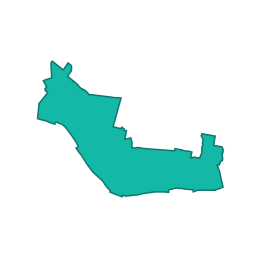 Calafat, Dolj, Romania, rotated 249°
{"feature_id": "2599482B25793033278683", "entity_name": "Calafat", "entity_type": "district", "adm_level": 2, "iso_a3": "ROU", "parent_name": "Romania", "parent_adm1": "Dolj", "projection": "mercator", "projection_center": [22.936, 43.949], "detail": "fine", "context": "isolated", "style": "filled", "palette": "teal", "viewbox_px": 256, "rotation_deg": 249, "n_neighbors": 0, "source": "geoboundaries", "source_scale": "gbopen_adm2", "svg_char_len": 5056}
<svg xmlns="http://www.w3.org/2000/svg" viewBox="0 0 256 256"><g transform="rotate(249 128 128)"><path d="M151.0,126.7L158.6,132.3L159.0,131.4L159.0,131.2L159.1,130.9L159.1,130.7L159.5,130.1L160.6,127.7L160.8,127.2L161.3,126.2L161.7,125.3L162.2,124.6L163.0,123.1L164.4,120.6L165.9,117.6L168.9,112.0L171.3,107.5L171.9,106.4L173.1,103.6L173.2,103.4L173.9,103.3L174.8,103.1L175.4,102.9L176.3,102.5L177.7,101.9L179.4,100.8L179.5,100.7L179.6,100.3L179.7,100.2L179.9,100.0L180.5,99.7L180.3,99.4L180.3,99.2L181.2,98.7L183.2,97.7L183.6,97.5L186.2,96.3L186.4,96.7L190.9,94.2L191.1,94.1L190.9,93.7L191.8,93.2L192.0,93.5L198.0,90.1L198.2,90.4L199.2,91.8L199.2,92.0L200.4,93.7L201.6,95.6L202.2,95.9L204.2,96.8L206.5,97.5L207.3,97.1L210.2,95.4L210.1,95.1L206.9,90.6L205.4,88.4L215.9,82.2L217.4,81.4L217.5,81.3L217.5,81.2L217.5,80.9L217.2,80.5L217.1,80.2L216.9,80.3L216.6,80.3L216.4,80.2L216.2,80.0L216.1,79.7L215.7,79.1L215.4,79.0L214.3,78.7L210.4,77.4L209.6,77.1L206.9,76.3L205.6,75.8L204.6,75.5L203.1,75.0L202.2,74.7L202.3,73.5L202.3,71.9L202.3,71.1L202.4,70.6L202.5,68.4L202.5,67.5L202.5,65.9L199.0,66.3L195.5,66.7L194.6,65.0L194.4,64.5L193.5,65.0L192.6,64.1L191.3,65.2L191.1,65.2L189.7,65.6L183.5,55.0L182.9,53.8L169.1,46.9L166.7,50.2L163.9,54.1L160.9,57.2L158.0,60.7L157.8,61.0L159.5,62.8L155.1,67.7L151.1,69.9L147.9,70.8L147.3,71.0L140.6,72.8L133.8,74.4L128.4,75.0L127.8,72.3L122.4,73.7L118.3,74.9L114.0,75.7L110.0,76.5L104.8,77.9L100.0,79.2L96.9,80.7L93.6,82.3L87.0,85.6L84.0,86.1L79.4,87.4L76.7,88.7L75.9,89.2L74.8,88.1L70.9,92.1L68.0,95.6L65.9,97.8L67.1,98.6L65.1,101.9L62.6,111.5L62.4,112.0L62.2,112.4L61.2,119.6L61.1,120.0L58.8,129.8L57.3,133.8L55.8,137.8L53.4,142.9L55.6,143.7L54.6,152.2L53.7,153.1L52.1,156.7L50.6,159.3L49.3,161.8L47.1,166.4L45.0,166.1L44.9,170.8L42.3,177.9L38.5,187.3L38.9,187.4L38.6,192.0L38.8,195.6L43.5,196.2L47.5,196.7L49.0,197.0L49.4,197.0L50.7,197.3L51.0,197.3L51.7,197.4L52.5,197.6L53.2,197.7L53.6,197.9L54.1,197.9L54.4,197.9L54.7,197.9L55.2,197.9L55.6,197.9L55.9,197.9L56.0,197.9L56.5,197.9L56.9,197.8L57.0,197.8L57.3,197.7L57.5,197.8L57.8,197.8L58.1,197.9L58.3,197.9L58.5,198.0L58.7,197.9L59.2,197.9L59.5,198.0L59.5,197.9L59.9,197.9L60.0,198.1L60.5,197.9L60.8,197.7L61.1,197.7L61.3,197.7L61.4,197.8L61.6,198.1L61.7,198.5L61.6,198.8L61.3,198.9L61.3,199.0L61.2,199.4L61.3,199.5L61.2,199.7L61.1,199.8L61.4,199.9L61.4,200.0L61.4,200.3L61.5,200.3L61.8,200.5L61.7,200.7L61.7,200.8L61.8,200.9L62.0,200.9L62.4,201.5L63.0,202.0L63.5,202.5L63.8,203.1L63.7,203.4L63.7,203.6L63.8,203.6L63.9,203.8L63.7,204.0L63.7,204.3L63.9,204.4L64.1,204.4L64.3,204.5L64.2,204.8L64.3,204.9L64.4,205.0L64.9,205.1L65.0,205.1L65.4,205.3L66.0,205.5L66.3,205.6L66.9,205.7L67.0,205.7L67.3,205.8L67.7,205.9L69.2,206.4L69.6,206.6L69.8,206.7L70.5,206.5L70.8,206.5L71.0,206.5L71.1,206.8L71.3,207.1L71.5,207.3L71.5,207.5L71.3,207.6L71.1,207.6L70.9,207.5L70.7,207.5L70.8,207.8L71.4,207.9L71.6,208.1L72.3,208.5L72.7,208.6L73.0,208.7L73.3,208.7L73.4,208.8L73.5,208.8L73.7,209.1L74.0,209.0L74.3,209.0L74.8,209.1L75.3,209.0L75.5,209.0L75.8,209.0L76.1,209.0L76.4,208.9L76.5,208.9L76.8,208.9L81.1,201.7L82.2,202.3L82.3,202.4L82.4,202.6L82.6,202.7L82.9,202.8L83.2,203.0L84.3,203.6L86.7,205.0L87.3,205.4L88.4,206.0L89.2,206.5L96.2,194.9L96.0,194.7L95.6,194.5L95.2,194.4L94.8,194.2L94.7,193.8L94.5,193.6L94.4,193.4L92.9,193.9L92.6,193.9L92.1,193.9L91.4,193.8L90.0,193.8L89.8,193.8L89.3,193.5L89.2,193.4L88.9,193.2L88.2,192.5L88.0,192.4L87.9,192.4L87.6,192.3L87.2,192.1L86.8,191.9L86.7,191.9L86.3,192.0L85.8,192.0L85.5,192.0L85.1,191.9L85.0,191.7L84.8,191.6L84.7,191.4L84.7,191.1L84.4,190.8L84.3,190.7L84.2,190.5L83.7,190.2L83.4,189.9L83.2,189.8L82.8,189.7L82.1,189.5L81.7,189.5L81.3,189.5L81.1,189.5L80.9,189.5L80.8,189.4L80.6,189.1L80.5,188.9L80.3,188.9L80.0,188.6L79.6,188.4L79.2,188.2L78.8,188.1L78.0,187.8L77.8,187.6L77.7,187.5L77.6,187.3L77.4,187.2L77.2,186.8L77.0,186.6L76.9,186.5L76.4,186.2L76.2,186.1L76.0,185.7L75.8,185.5L75.7,185.4L75.3,185.2L74.9,185.0L74.8,184.9L74.7,184.7L74.8,184.6L74.8,184.2L74.7,183.9L74.7,183.7L74.8,183.5L74.7,183.3L74.5,183.2L74.5,182.9L74.8,182.8L75.0,182.7L75.2,182.3L75.3,181.8L75.3,181.6L75.5,181.3L75.8,181.1L76.2,180.9L76.4,180.8L76.5,180.6L76.7,180.2L76.8,180.0L77.0,179.0L77.4,178.0L77.4,177.6L77.4,177.1L77.3,176.9L77.3,176.7L77.5,176.4L77.7,175.9L80.8,177.8L82.7,179.0L82.9,178.7L83.4,178.0L84.8,176.1L84.6,176.0L85.4,174.5L86.5,172.6L86.7,172.3L87.5,171.1L87.9,170.6L88.1,170.3L88.3,170.2L88.4,170.3L88.6,170.0L89.1,169.1L89.6,168.2L90.2,167.4L91.2,165.6L91.7,164.8L91.8,164.4L90.7,163.8L90.0,163.3L99.6,142.9L103.8,134.3L105.4,131.9L105.7,131.1L106.0,130.6L106.3,130.2L106.4,129.8L106.5,129.5L106.6,129.3L106.4,128.9L106.4,128.5L107.6,125.8L108.0,124.5L113.7,126.8L115.2,126.8L117.4,127.0L117.8,127.1L118.3,123.0L118.4,122.6L118.4,121.9L118.5,121.1L121.8,123.0L126.1,125.6L127.4,123.5L128.6,124.0L128.9,124.0L129.2,123.7L129.8,123.1L130.0,123.0L130.5,122.9L130.8,122.7L131.0,122.4L130.5,121.8L129.8,121.3L130.6,120.1L134.5,114.5L137.8,117.0L142.2,120.2L151.0,126.7Z" fill="#14b8a6" stroke="#0f766e" stroke-width="1.5"/></g></svg>